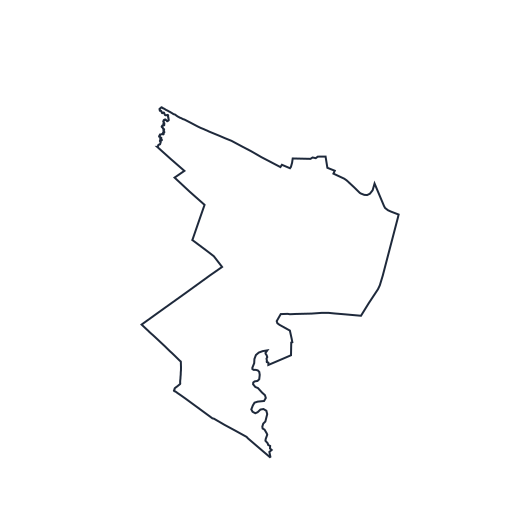 Scrioastea, Teleorman, Romania (Mercator projection), rotated 237°
{"feature_id": "2599482B90968840278359", "entity_name": "Scrioastea", "entity_type": "district", "adm_level": 2, "iso_a3": "ROU", "parent_name": "Romania", "parent_adm1": "Teleorman", "projection": "mercator", "projection_center": [25.003, 44.171], "detail": "fine", "context": "isolated", "style": "outline", "palette": "slate", "viewbox_px": 512, "rotation_deg": 237, "n_neighbors": 0, "source": "geoboundaries", "source_scale": "gbopen_adm2", "svg_char_len": 5663}
<svg xmlns="http://www.w3.org/2000/svg" viewBox="0 0 512 512"><g transform="rotate(237 256 256)"><path d="M165.0,290.6L159.2,298.1L148.7,311.5L155.0,324.8L161.7,340.2L164.0,343.9L170.5,351.6L210.8,395.8L213.1,398.2L219.7,393.4L222.5,391.6L226.0,390.4L228.3,390.6L252.2,394.9L247.6,389.6L246.2,385.4L246.6,382.4L248.3,380.1L251.4,377.9L252.5,377.4L260.2,375.7L270.1,373.2L272.8,372.1L282.9,365.8L284.6,368.5L291.1,363.9L301.5,368.5L305.7,361.9L305.5,359.4L307.8,357.1L307.8,354.6L317.8,339.9L314.5,337.0L311.7,333.8L311.1,332.3L318.4,327.4L317.3,324.9L335.9,314.4L346.5,309.0L355.0,304.2L365.9,298.2L371.6,294.2L376.7,290.8L385.8,284.5L388.1,283.1L389.2,282.3L390.2,281.7L391.1,281.1L393.5,279.4L395.8,278.0L397.0,277.3L402.2,274.4L404.0,273.4L409.4,270.3L409.9,269.9L410.1,269.8L410.3,269.5L410.9,269.1L411.9,268.6L412.7,268.1L413.7,267.3L413.9,267.2L414.3,267.1L415.1,266.6L415.5,266.4L416.8,265.8L417.4,265.6L418.3,265.3L418.7,265.1L418.9,265.0L419.2,264.7L419.6,264.3L419.9,264.1L420.5,263.8L421.3,263.5L422.4,262.9L423.2,262.6L424.7,261.7L425.3,261.4L426.1,261.0L427.5,260.1L428.0,259.9L429.1,259.4L429.5,259.1L430.2,258.9L430.5,258.6L430.6,258.4L430.8,258.3L431.3,258.2L432.1,257.9L432.2,257.7L432.2,257.4L432.0,256.6L431.9,256.3L431.9,256.1L432.0,255.8L432.0,255.5L431.9,255.2L431.6,255.0L431.1,255.0L430.9,254.9L430.8,254.7L430.5,254.6L430.2,254.5L429.9,254.8L429.7,255.0L429.4,255.4L429.1,255.4L428.5,255.4L427.8,255.1L427.3,255.1L427.0,255.1L426.8,255.3L426.7,255.5L426.8,255.9L426.8,256.2L426.8,256.4L426.6,256.7L426.5,256.8L426.3,256.9L426.1,256.9L425.2,256.7L424.4,256.5L424.1,256.5L423.8,256.5L423.6,256.6L423.3,256.8L422.9,257.5L422.6,258.3L422.5,258.6L422.4,258.8L422.2,258.9L421.9,258.9L421.6,258.8L421.5,258.7L421.3,258.6L421.2,258.3L420.9,258.1L420.7,258.0L420.0,258.0L419.9,257.9L419.5,257.6L419.3,257.5L418.6,257.4L417.8,257.0L417.6,256.9L417.4,256.7L417.3,256.2L417.4,255.9L417.4,255.5L417.3,255.3L417.3,255.1L417.4,254.9L417.6,254.8L417.8,254.8L418.1,254.9L418.3,254.9L418.6,254.7L418.9,254.5L419.1,254.4L419.4,254.5L419.8,254.4L420.0,254.2L420.1,253.7L420.2,253.4L420.2,252.9L419.8,252.8L419.6,252.7L419.5,252.3L419.6,251.7L419.4,251.5L418.4,251.3L417.8,251.4L417.5,251.4L417.3,251.4L417.1,251.3L417.1,251.1L417.1,250.9L417.3,250.5L417.3,250.3L417.2,250.2L416.8,250.1L416.7,250.2L416.3,250.4L416.1,250.5L415.9,250.5L415.8,250.3L415.7,250.2L415.9,249.4L416.0,249.2L416.3,248.8L416.4,248.6L416.4,248.4L416.2,248.1L416.0,247.6L415.9,247.4L415.7,247.3L415.4,247.3L415.1,247.7L414.8,247.7L414.3,247.7L413.6,247.3L413.4,247.3L412.8,247.8L412.6,247.9L412.4,247.9L412.1,247.8L411.8,247.6L411.7,247.5L411.6,246.8L411.5,246.6L411.4,246.5L411.1,246.5L410.7,246.6L410.2,246.7L409.8,246.6L409.7,246.5L409.6,246.3L409.6,246.2L409.8,245.9L410.0,245.7L410.1,245.4L410.0,245.2L409.9,245.2L409.3,245.2L408.8,245.1L408.6,245.0L408.5,244.8L408.5,244.6L408.5,244.4L408.7,244.2L409.2,244.1L409.4,244.0L409.4,243.9L409.5,243.5L409.5,243.4L409.6,243.2L409.7,242.6L409.7,242.3L409.7,242.2L410.1,241.8L410.2,241.6L410.1,241.4L409.5,241.1L409.4,240.4L409.3,240.0L409.2,239.9L408.8,239.8L408.7,239.9L408.6,240.1L408.6,240.3L408.3,240.4L407.6,240.2L407.3,240.3L407.0,240.8L406.8,240.9L406.6,240.9L406.4,240.7L406.5,240.3L406.5,240.0L406.5,239.6L406.4,239.4L406.2,239.3L405.9,239.3L405.7,239.4L405.3,240.0L405.0,240.3L404.9,240.3L404.7,240.3L404.5,240.2L404.4,239.9L404.4,239.6L404.5,239.3L404.9,238.6L405.0,238.3L405.0,238.2L404.9,238.1L404.7,238.0L404.3,238.0L403.9,238.2L403.7,238.2L403.4,238.1L403.2,237.9L402.9,237.5L402.2,236.7L402.0,236.4L402.0,236.2L402.0,235.9L402.2,235.7L402.3,235.1L402.3,234.7L402.1,234.3L402.0,234.1L401.7,234.0L401.4,233.6L401.2,233.3L401.1,233.1L401.1,232.9L401.3,232.6L383.5,237.4L366.4,242.3L366.1,230.4L346.1,235.4L326.9,240.7L317.9,229.1L304.4,211.8L304.1,211.3L288.1,217.2L278.8,220.5L265.3,221.6L264.8,206.6L263.4,179.2L262.1,150.1L260.8,122.7L254.6,124.2L251.5,125.0L251.2,125.0L249.6,125.4L248.9,125.6L247.7,125.9L246.4,126.3L243.7,127.0L239.3,128.1L235.2,129.1L229.6,130.5L227.7,130.9L222.8,132.0L220.6,132.6L216.3,133.6L209.5,135.1L208.8,135.4L208.3,135.4L205.2,133.5L203.7,132.6L201.0,130.8L199.6,129.7L197.3,128.1L195.8,126.9L194.4,125.9L192.7,124.5L191.4,123.6L190.7,123.2L190.3,123.0L190.1,122.8L190.0,122.6L189.9,122.4L189.9,122.0L189.8,121.1L189.7,120.2L189.6,119.3L189.5,118.2L189.5,117.1L189.4,116.9L189.4,116.3L189.3,115.8L189.2,115.6L189.0,115.4L188.7,115.2L188.3,114.8L188.2,114.4L187.9,113.9L187.7,113.8L187.1,113.9L186.8,114.1L186.4,114.5L186.0,114.7L185.5,114.9L184.9,115.2L184.4,115.3L180.1,117.1L174.8,119.2L145.0,130.5L143.6,131.0L142.5,132.1L131.6,137.6L121.0,143.4L109.4,149.6L107.5,149.9L88.5,155.5L79.8,158.1L79.8,158.7L84.4,160.5L84.8,163.5L86.9,162.9L89.0,164.4L90.9,163.3L92.5,163.8L95.9,163.3L97.2,164.4L100.0,168.1L101.4,168.4L105.7,168.6L107.7,167.6L109.5,168.4L111.5,170.8L112.1,173.7L117.3,179.3L120.6,180.4L123.6,178.9L124.8,176.1L124.1,172.3L124.5,169.8L127.2,168.3L129.9,168.5L132.4,172.0L133.8,174.9L132.9,178.2L130.0,183.8L131.6,186.9L134.4,187.7L138.1,186.7L144.2,185.7L146.5,184.1L150.0,183.7L151.4,184.8L151.6,186.5L150.4,189.2L150.9,191.6L154.3,194.4L157.0,195.6L159.1,195.2L160.7,193.7L161.8,192.0L163.1,191.4L164.2,192.0L167.1,196.1L170.5,198.6L173.0,202.0L173.5,205.7L172.6,209.7L170.7,214.1L169.5,211.1L168.5,210.8L167.2,210.9L165.1,210.4L164.2,208.9L162.2,208.1L161.8,207.6L161.1,207.3L160.4,208.0L159.8,208.3L157.9,207.0L155.2,222.5L153.7,231.3L164.2,238.4L163.9,239.5L167.3,240.9L175.0,243.8L185.5,238.2L188.0,237.3L190.1,237.9L193.8,245.1L190.2,251.1L188.7,252.7L185.9,257.5L177.4,271.3L172.6,280.0L168.7,286.0L165.0,290.6Z" fill="none" stroke="#1e293b" stroke-width="2"/></g></svg>